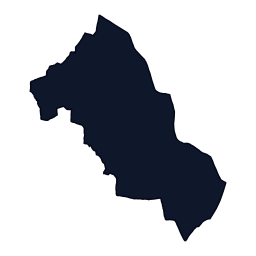 the district of Singida, Singida, United Republic of Tanzania
{"feature_id": "72390352B6504298719524", "entity_name": "Singida", "entity_type": "district", "adm_level": 2, "iso_a3": "TZA", "parent_name": "United Republic of Tanzania", "parent_adm1": "Singida", "projection": "equal_earth", "projection_center": [34.874, -4.722], "detail": "fine", "context": "isolated", "style": "filled", "palette": "ink", "viewbox_px": 256, "rotation_deg": 0, "n_neighbors": 0, "source": "geoboundaries", "source_scale": "gbopen_adm2", "svg_char_len": 5527}
<svg xmlns="http://www.w3.org/2000/svg" viewBox="0 0 256 256"><path d="M225.7,182.9L225.3,182.4L223.6,181.7L222.1,180.6L220.9,180.1L219.7,177.7L218.7,176.0L217.7,173.8L216.7,171.3L215.7,168.9L214.6,166.6L213.6,164.3L212.5,161.1L210.6,157.0L206.8,154.5L205.2,153.9L202.3,152.9L200.0,151.3L198.7,150.1L197.2,149.1L193.6,146.5L191.1,145.1L189.1,143.9L187.3,143.4L185.2,143.5L183.4,143.6L181.7,142.5L180.2,142.0L178.3,140.8L177.3,139.7L176.3,138.4L175.8,137.0L175.4,135.5L174.9,134.0L174.0,130.7L173.9,129.5L173.7,127.9L173.6,126.2L173.5,123.0L173.8,120.9L174.0,118.8L174.3,113.1L174.3,111.4L173.4,108.0L172.7,104.7L171.3,101.0L170.6,98.3L170.1,96.6L169.9,95.6L169.6,94.7L167.3,94.3L165.1,93.7L163.4,93.8L162.6,93.6L159.7,93.1L157.0,91.7L155.2,90.3L154.4,88.5L153.6,86.0L152.4,82.4L151.7,80.2L149.8,73.3L148.5,69.9L147.3,65.7L146.2,63.2L145.7,61.8L145.2,61.4L144.4,59.6L141.8,57.0L139.4,54.4L136.2,51.0L134.5,48.8L133.7,47.4L133.3,45.9L132.0,42.7L131.8,42.2L131.6,41.6L130.9,39.3L130.1,37.2L129.4,35.9L129.1,35.1L128.5,34.1L127.6,33.1L126.9,32.5L114.3,24.7L109.4,21.4L107.6,20.4L105.2,19.0L103.0,17.5L102.9,17.4L102.7,17.2L99.7,15.4L99.2,15.4L99.0,16.7L98.6,19.2L98.3,21.2L97.5,24.1L97.0,26.7L96.6,29.3L96.5,31.3L94.6,33.8L93.2,35.4L93.0,35.8L92.8,35.8L92.0,35.3L90.8,34.6L89.9,34.5L89.1,34.2L87.8,34.0L86.6,33.8L85.7,33.3L85.1,33.2L84.4,34.5L83.4,35.9L82.6,37.8L81.4,39.7L80.1,41.7L77.6,45.0L76.6,46.0L75.8,46.9L75.6,48.0L75.7,49.1L75.7,50.4L75.5,52.4L75.2,52.7L75.0,52.3L75.0,51.9L74.6,52.2L74.2,52.0L73.5,52.1L73.0,52.4L72.0,52.0L71.4,52.0L70.9,52.3L70.4,52.8L70.2,53.8L69.9,55.0L69.2,56.1L68.4,56.8L67.2,57.9L66.7,58.6L66.0,59.9L62.8,63.1L61.5,64.1L60.2,64.5L59.6,64.0L58.6,63.6L57.4,63.2L56.6,63.7L56.0,64.1L55.7,64.5L55.4,65.1L54.9,65.3L54.4,65.1L53.7,65.3L52.8,65.8L51.8,65.8L50.8,66.1L50.1,66.2L49.7,66.7L49.3,67.5L49.0,68.8L48.5,69.5L47.7,70.2L46.9,71.3L46.7,72.7L46.6,75.9L44.3,76.7L42.9,77.3L41.0,77.7L38.4,78.6L37.1,79.2L34.7,80.0L34.1,80.5L33.0,81.0L32.8,81.0L31.8,81.3L30.8,82.0L30.7,82.5L30.7,82.9L30.6,83.2L30.6,83.6L30.6,83.8L30.7,85.1L30.7,85.6L30.8,85.9L30.7,86.2L30.8,86.8L30.7,87.2L30.8,87.4L30.7,87.8L30.6,89.2L30.5,89.8L30.3,91.2L31.0,91.5L31.8,92.1L32.3,92.7L32.6,93.2L33.1,93.7L33.8,94.6L34.4,95.6L34.3,95.9L34.3,96.3L34.6,96.7L34.6,97.0L35.0,97.2L35.2,97.6L35.2,98.2L35.4,98.3L35.7,98.6L35.8,98.5L36.0,98.6L36.1,99.0L36.4,99.2L36.5,99.3L36.4,99.7L36.6,100.3L36.8,100.3L37.0,100.2L37.2,100.5L37.4,100.5L37.5,100.2L37.8,100.4L37.7,101.0L37.8,101.1L37.9,102.4L37.7,103.3L38.3,104.8L39.0,106.2L39.5,106.8L40.1,107.8L40.3,107.9L40.4,108.3L40.6,109.7L40.3,110.4L40.3,110.5L40.5,111.4L40.6,113.3L40.8,114.8L41.1,116.1L41.0,117.4L41.0,118.5L41.2,119.1L43.2,119.6L44.6,120.0L46.3,120.2L46.6,120.3L47.1,120.3L47.9,120.1L48.2,119.9L48.5,119.8L49.6,118.9L50.3,118.5L50.8,118.3L51.5,118.2L52.5,117.7L53.4,117.3L54.9,116.3L56.4,115.2L57.1,114.9L57.0,113.7L56.7,111.0L56.7,108.5L56.8,108.5L56.8,108.3L58.0,107.9L59.1,107.7L60.3,107.2L61.6,106.8L62.6,106.5L63.2,106.4L63.8,106.2L65.8,108.2L66.5,109.0L67.4,109.4L68.1,109.5L68.6,109.4L69.5,109.5L71.1,109.4L71.5,109.3L71.5,109.6L71.5,111.0L71.4,112.3L71.3,114.1L71.3,117.7L71.1,119.6L71.2,121.4L72.5,122.0L73.2,122.2L75.1,122.5L75.6,122.9L76.7,123.3L77.3,123.7L77.9,123.8L78.0,123.8L78.6,123.9L79.7,124.4L80.8,124.6L81.2,124.8L81.5,124.8L82.7,125.6L83.0,126.1L83.8,127.1L84.4,128.6L84.4,129.1L84.3,131.9L84.4,133.5L84.9,134.5L84.5,136.4L84.3,137.7L84.1,138.7L84.3,139.5L84.4,140.4L84.4,141.6L84.1,143.1L85.0,143.6L87.0,143.7L88.1,144.4L88.8,145.2L89.4,146.3L90.4,145.4L91.3,146.2L91.9,147.7L92.5,148.7L93.3,149.8L94.1,150.4L95.0,150.7L95.7,150.8L96.2,152.8L96.5,154.6L97.3,154.9L98.3,155.2L99.1,155.7L99.5,156.2L100.4,157.2L100.9,157.9L101.4,158.7L101.8,159.6L102.0,160.7L102.2,161.0L103.0,162.5L103.4,162.8L103.6,163.0L104.2,163.2L104.8,164.2L105.3,166.9L105.9,168.3L105.0,170.5L103.8,172.2L103.8,173.5L104.6,173.5L106.3,174.2L108.1,174.6L108.7,174.2L109.2,173.5L109.6,173.3L110.0,173.2L110.5,173.2L111.9,173.9L112.5,174.2L113.3,174.2L114.3,175.0L114.7,175.5L116.6,178.1L116.9,179.8L116.8,181.5L116.8,182.7L116.5,184.1L116.2,185.6L116.3,185.9L116.1,187.9L116.1,189.0L116.2,190.5L116.4,191.5L116.4,192.6L116.3,193.7L116.6,194.5L116.7,195.1L117.1,195.3L117.6,195.5L119.1,195.5L119.8,195.5L120.8,195.8L121.7,195.9L123.2,196.3L124.6,196.3L125.7,196.6L126.7,196.7L127.4,196.9L127.9,197.1L128.9,197.3L129.2,197.5L131.0,198.0L131.7,198.0L133.3,198.5L134.4,198.7L137.3,198.6L138.4,198.8L138.9,198.8L139.8,198.7L140.7,198.7L141.6,199.0L143.0,199.1L143.8,199.1L145.0,198.9L145.9,199.1L146.5,199.1L147.6,199.2L148.8,199.6L149.7,199.3L150.9,199.1L151.9,199.1L155.0,198.8L156.3,198.6L156.9,198.4L157.8,198.3L158.6,198.3L160.1,197.9L160.7,198.3L161.0,198.8L161.3,200.0L161.3,200.3L161.6,201.7L161.8,202.4L162.3,203.7L162.4,204.0L162.5,204.6L162.6,205.8L163.1,207.2L163.1,208.1L163.7,209.9L163.9,211.3L164.0,212.4L164.4,215.5L164.6,216.4L164.8,216.8L165.0,217.1L165.3,218.1L165.3,218.7L165.7,219.4L166.2,219.7L166.7,219.7L167.0,219.7L167.9,219.7L168.9,219.6L169.9,219.5L173.2,219.9L174.6,220.2L175.8,221.7L176.1,222.3L176.7,223.5L176.9,224.2L178.6,227.8L180.4,232.2L181.8,235.2L183.4,238.3L183.9,239.1L184.1,239.6L184.9,240.6L185.7,240.6L186.9,238.9L188.4,236.1L190.7,233.2L192.6,231.0L193.7,229.3L195.4,227.8L196.4,226.6L197.8,226.6L198.8,226.3L199.7,225.2L200.9,223.8L202.2,222.1L203.2,221.2L205.7,219.8L207.5,219.0L208.9,218.7L209.9,218.7L211.8,215.7L216.1,208.6L219.8,200.8L220.9,197.8L223.3,190.8L224.2,187.8L225.7,182.9Z" fill="#0f172a" stroke="#020617" stroke-width="1.5"/></svg>